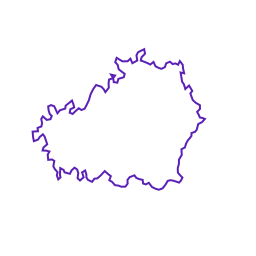 outline of Rio Bom, Paraná, Brazil, rotated 41°
{"feature_id": "56859067B45209441984237", "entity_name": "Rio Bom", "entity_type": "district", "adm_level": 2, "iso_a3": "BRA", "parent_name": "Brazil", "parent_adm1": "Paraná", "projection": "mercator", "projection_center": [-51.442, -23.797], "detail": "fine", "context": "isolated", "style": "outline", "palette": "violet", "viewbox_px": 256, "rotation_deg": 41, "n_neighbors": 0, "source": "geoboundaries", "source_scale": "gbopen_adm2", "svg_char_len": 2362}
<svg xmlns="http://www.w3.org/2000/svg" viewBox="0 0 256 256"><g transform="rotate(41 128 128)"><path d="M88.5,57.9L87.0,61.5L85.9,64.3L86.7,67.6L90.7,71.0L88.8,76.2L84.3,74.1L83.9,77.9L80.1,81.3L77.0,81.9L73.4,82.5L75.2,86.7L78.7,87.1L82.5,89.8L86.3,89.6L90.0,89.3L91.5,92.5L88.5,97.2L90.2,100.8L87.2,102.7L84.1,100.1L81.9,103.9L84.2,107.2L87.1,110.2L87.4,115.8L84.4,114.7L80.9,114.3L75.7,116.5L76.3,121.8L77.6,126.9L80.2,132.6L81.9,138.6L82.6,142.0L81.0,145.0L77.9,145.4L77.3,149.7L77.0,153.7L74.0,154.7L72.2,151.7L73.9,147.8L71.2,145.9L67.7,144.0L67.2,147.1L66.3,152.1L67.9,154.5L65.0,159.2L65.1,163.2L58.1,160.0L54.9,161.2L53.6,164.1L56.7,166.9L59.8,168.8L62.5,168.9L63.7,172.2L61.4,175.2L56.1,175.1L56.6,178.1L60.0,180.7L61.6,183.7L59.7,187.3L62.2,189.5L58.4,193.3L62.3,197.1L65.6,199.7L67.7,195.8L67.3,192.5L67.9,188.6L70.5,189.1L74.7,191.5L77.7,193.3L77.0,198.2L78.3,201.0L81.2,198.7L84.1,197.3L84.9,200.8L88.7,204.4L91.3,201.6L94.0,201.2L96.7,205.8L99.6,207.0L103.9,207.6L105.3,210.4L109.1,212.5L109.5,209.6L107.3,207.9L103.2,202.7L106.9,201.9L109.2,203.1L114.2,200.7L113.2,197.1L113.7,193.0L116.9,192.7L120.0,194.6L122.9,199.0L126.2,199.1L126.8,194.3L122.5,191.6L123.5,188.2L127.0,190.3L128.9,192.5L131.8,193.4L136.2,192.2L135.9,188.2L137.9,186.2L138.5,182.0L138.7,175.8L143.5,175.8L146.6,175.6L148.2,179.7L151.3,179.1L155.7,179.7L158.6,177.7L161.5,176.7L164.5,173.9L164.2,170.2L161.7,167.6L161.5,164.0L163.9,159.5L166.9,160.2L169.6,159.4L173.1,157.5L175.8,160.0L178.4,158.9L179.7,155.7L184.8,156.8L188.9,155.7L191.8,154.3L193.7,150.8L193.5,146.6L192.7,141.8L194.3,139.5L196.8,138.0L199.6,136.8L202.4,135.7L202.4,132.7L201.6,129.7L198.5,129.5L195.0,129.0L191.9,125.7L190.1,121.9L187.2,118.4L186.2,113.0L182.3,109.0L183.7,105.3L182.1,101.8L181.3,98.4L181.3,95.3L181.1,92.4L179.2,90.1L181.1,87.0L181.0,84.2L178.4,79.0L180.0,75.0L180.1,70.7L177.6,71.6L175.3,72.9L172.7,71.6L169.6,70.5L169.8,66.4L167.3,63.6L162.8,64.5L158.5,64.4L152.4,61.0L152.2,57.9L149.6,57.0L146.2,55.9L145.7,61.0L141.4,58.3L138.5,57.6L134.2,54.0L131.3,51.6L134.5,49.9L130.4,46.9L127.8,44.4L123.2,43.5L124.3,47.4L121.5,48.1L119.7,50.5L116.2,50.4L114.4,54.1L115.9,57.9L114.4,61.4L111.8,62.5L108.3,63.4L103.9,61.4L103.2,65.5L100.2,66.2L96.1,67.6L93.4,68.7L91.8,65.7L92.1,60.8L88.5,57.9ZM84.1,100.1L83.8,96.9L80.2,98.8L84.1,100.1Z" fill="none" stroke="#5b21b6" stroke-width="2"/></g></svg>